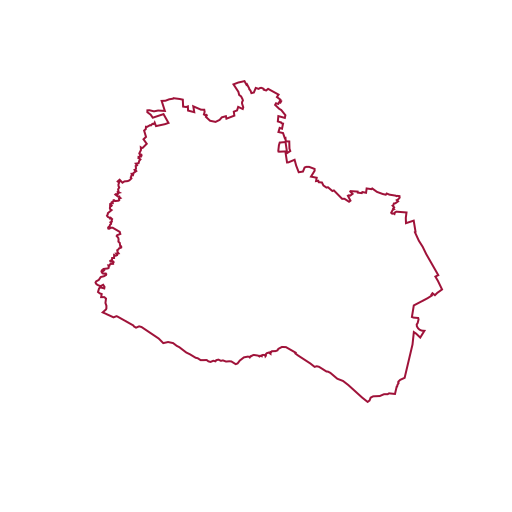 Puerto Escondido, Córdoba, Colombia (Mercator projection), rotated 249°
{"feature_id": "7082276B3276683190429", "entity_name": "Puerto Escondido", "entity_type": "district", "adm_level": 2, "iso_a3": "COL", "parent_name": "Colombia", "parent_adm1": "Córdoba", "projection": "mercator", "projection_center": [-76.165, 8.994], "detail": "fine", "context": "isolated", "style": "outline", "palette": "rose", "viewbox_px": 512, "rotation_deg": 249, "n_neighbors": 0, "source": "geoboundaries", "source_scale": "gbopen_adm2", "svg_char_len": 6131}
<svg xmlns="http://www.w3.org/2000/svg" viewBox="0 0 512 512"><g transform="rotate(249 256 256)"><path d="M398.6,334.9L407.7,327.2L406.9,324.8L408.5,322.8L409.4,323.0L411.0,321.4L411.4,320.1L411.1,318.3L413.0,316.0L409.4,312.6L409.7,310.1L412.6,310.1L414.0,309.5L414.9,309.7L419.0,309.2L419.0,308.7L419.8,308.9L419.8,308.4L423.4,307.9L424.3,301.6L424.3,296.5L415.6,298.4L412.4,298.0L410.3,299.3L407.2,299.6L405.9,299.5L404.6,298.1L403.3,297.6L399.4,297.4L398.0,296.3L401.6,292.8L398.7,290.5L398.7,287.0L394.8,286.1L394.8,277.6L397.3,278.0L397.7,273.8L396.1,270.8L395.7,266.3L398.7,261.6L403.8,259.1L405.0,260.5L405.6,260.1L405.2,259.5L406.8,258.1L409.0,259.7L411.1,260.1L412.3,257.1L418.2,251.1L412.4,249.9L416.1,244.7L420.1,246.0L420.1,244.2L421.6,241.5L428.2,243.7L430.0,240.9L432.9,235.5L432.6,235.0L433.4,231.1L433.4,227.1L434.6,223.5L424.1,222.9L426.9,216.7L427.6,212.6L430.3,208.7L430.9,206.8L429.2,206.1L425.7,208.3L422.1,209.2L421.6,220.5L411.6,222.0L411.7,218.3L413.1,209.2L416.9,209.2L416.0,208.2L415.9,207.6L416.5,206.7L415.6,204.7L416.1,204.0L415.6,200.5L416.1,199.6L413.9,198.5L413.2,196.5L406.6,196.0L405.3,192.8L399.9,194.2L397.6,189.0L397.7,188.1L398.7,187.4L396.2,186.6L393.6,183.8L392.8,183.9L391.7,185.3L390.7,185.1L390.3,184.5L391.1,184.4L391.4,183.8L390.3,182.8L390.6,182.0L389.8,181.9L389.6,181.4L387.6,182.7L386.7,181.1L384.7,179.6L385.3,176.9L383.3,177.4L383.1,175.9L380.8,175.4L379.9,174.6L379.9,173.5L379.3,173.6L378.6,174.6L378.2,174.7L377.4,171.4L376.1,170.5L377.0,170.2L377.3,169.3L375.8,169.2L375.6,168.4L374.9,168.1L374.4,167.3L373.1,167.5L372.0,164.9L371.9,163.1L372.8,159.9L372.3,157.6L376.1,156.0L375.2,153.6L374.8,153.8L374.7,155.0L374.3,155.1L371.9,153.1L370.4,152.7L369.0,152.9L367.7,151.2L365.9,150.8L365.5,150.0L364.2,151.1L364.4,149.8L363.7,149.7L363.3,149.1L364.0,147.2L363.8,146.7L361.0,148.4L360.6,149.7L359.9,149.6L358.7,150.2L358.7,148.7L357.1,148.3L356.9,147.5L357.7,144.4L359.2,143.3L359.9,143.5L358.9,143.0L358.2,143.4L358.1,141.4L356.9,141.2L357.5,140.2L356.9,139.8L356.9,138.6L355.9,138.1L354.9,139.4L354.4,138.8L354.6,137.6L353.0,136.7L351.8,136.7L350.6,137.6L349.1,133.1L347.9,132.4L347.0,131.3L345.6,131.7L344.1,133.1L343.4,133.2L343.8,134.0L342.0,134.9L341.2,134.1L339.8,133.8L339.6,132.2L338.7,132.5L337.9,132.2L337.5,131.0L336.4,130.0L335.5,129.9L335.9,128.8L335.6,128.2L334.6,127.9L334.1,128.5L334.3,130.8L333.8,132.3L327.4,137.4L325.2,137.2L325.2,133.9L324.6,133.1L322.4,133.9L320.9,133.7L318.7,132.7L317.1,133.5L314.0,132.8L313.7,133.4L312.7,133.5L312.2,133.2L312.2,130.8L311.3,129.6L311.1,128.5L309.2,128.2L307.8,128.6L308.3,126.6L307.2,127.2L306.6,126.7L306.5,125.2L307.8,123.9L305.0,122.8L305.7,121.0L303.9,120.1L303.7,118.2L303.1,118.1L302.7,118.5L302.0,120.8L301.3,120.9L300.8,120.1L299.9,119.8L300.7,117.4L300.4,116.4L299.6,115.8L300.1,114.8L299.2,114.8L297.7,114.2L297.5,113.2L298.5,109.2L297.1,109.2L296.5,107.4L297.9,107.4L297.9,107.0L297.0,106.2L295.7,106.2L294.3,107.0L293.5,109.5L292.7,109.7L292.0,109.2L291.6,106.8L292.0,103.5L290.0,100.6L289.6,97.7L288.8,96.7L287.6,96.7L285.9,97.6L284.1,99.4L283.6,100.5L283.9,103.0L281.4,103.5L280.1,102.7L282.0,100.2L282.4,98.7L281.9,97.8L279.0,95.6L277.2,96.7L275.8,98.3L273.1,96.7L271.9,99.7L270.0,100.7L266.1,98.6L263.1,98.5L260.6,97.5L259.9,96.8L258.3,92.7L249.8,101.0L249.8,104.2L249.2,104.9L235.1,116.6L234.0,116.8L232.1,118.3L232.2,121.7L230.7,123.7L213.8,135.6L207.9,138.2L207.2,143.1L204.4,147.4L200.5,149.8L198.4,151.7L190.9,156.3L187.9,159.1L182.6,163.2L181.5,164.9L178.6,167.0L176.5,172.7L174.7,173.8L173.4,175.6L173.5,178.6L172.2,180.4L173.0,181.6L172.7,183.8L170.7,185.7L170.4,187.7L168.2,190.2L167.3,193.3L166.4,195.2L162.3,198.3L162.3,200.3L164.2,203.4L165.7,208.4L165.0,212.3L164.2,213.7L163.6,213.9L164.4,215.1L164.1,215.8L164.5,216.9L164.4,218.5L162.3,222.2L161.0,223.2L161.4,223.9L160.4,225.4L161.2,225.6L161.2,226.9L160.7,228.1L159.6,229.1L159.1,229.0L159.4,229.5L160.8,230.0L161.4,231.3L161.3,233.3L159.5,234.5L161.2,235.2L160.9,235.8L161.4,236.7L160.2,240.2L160.2,242.2L161.3,243.6L161.8,247.6L160.2,251.3L151.5,258.4L150.9,257.8L148.2,259.5L136.2,268.2L131.5,271.0L131.3,273.2L130.0,275.1L122.9,280.4L122.3,281.7L120.3,283.5L112.3,287.9L108.1,292.5L102.5,295.9L85.9,304.3L79.8,307.9L80.4,310.2L82.7,312.3L83.0,315.1L80.9,321.4L81.1,325.9L79.8,329.4L80.1,331.0L77.4,336.3L83.6,340.5L83.6,341.0L85.0,341.9L86.3,343.6L87.2,343.5L87.7,343.9L88.7,346.2L89.0,351.1L117.3,370.4L128.4,376.1L126.1,377.7L121.0,380.1L125.8,386.4L127.0,383.9L128.6,382.3L130.4,381.4L132.7,381.0L134.5,381.5L135.5,382.9L138.5,385.0L140.0,385.2L142.1,380.9L143.2,379.7L153.3,385.6L155.1,401.0L156.1,406.0L156.9,405.8L158.0,407.4L155.3,409.0L156.6,412.0L158.1,417.7L167.6,416.9L172.5,416.1L172.8,419.3L196.8,415.6L204.9,414.9L211.9,413.5L221.3,412.9L221.4,413.6L232.5,415.9L232.9,407.8L237.9,409.5L242.7,412.1L247.1,402.9L246.8,401.2L245.6,400.3L246.5,399.6L246.7,398.3L247.9,397.7L250.0,400.1L250.2,401.6L251.1,401.1L251.9,402.4L254.0,401.6L254.1,402.3L255.6,403.5L255.3,405.0L256.1,408.2L257.7,407.5L257.9,409.0L259.0,411.0L260.5,411.4L261.5,409.4L261.6,408.5L262.3,408.0L265.5,402.5L267.5,400.4L266.7,399.1L268.4,396.6L272.5,391.9L277.4,388.7L277.0,387.8L279.4,383.5L275.6,381.4L277.6,378.2L276.8,377.3L278.7,373.7L279.7,374.0L282.7,367.5L282.4,367.1L279.4,368.4L278.6,365.6L279.4,364.5L279.3,363.4L273.8,364.0L273.3,362.3L277.7,359.1L278.5,356.9L289.3,352.2L289.3,350.6L294.4,347.8L294.6,346.3L297.7,344.2L301.0,343.9L302.4,341.0L303.9,341.1L304.4,338.9L307.3,340.7L310.4,335.8L314.6,341.3L316.3,341.9L320.2,337.5L321.2,334.8L321.2,333.1L318.0,330.1L318.9,325.9L326.0,325.9L332.0,326.5L331.8,319.9L332.2,318.5L343.1,320.9L345.1,314.9L345.4,314.4L346.2,314.5L351.2,317.1L353.4,318.8L351.8,324.4L341.6,322.1L341.0,322.2L341.7,325.6L344.2,325.7L351.0,328.1L352.4,324.9L355.6,325.8L355.6,325.1L361.1,325.3L363.7,321.4L367.1,324.0L365.5,325.9L369.9,328.7L370.8,327.4L371.6,327.4L373.8,324.6L378.6,327.0L374.6,332.4L376.9,333.9L383.2,331.9L385.1,330.4L390.2,328.0L391.4,329.4L390.0,331.3L391.2,332.7L390.4,333.7L391.5,335.0L392.5,334.1L393.2,334.8L396.9,332.5L398.6,334.9Z" fill="none" stroke="#9f1239" stroke-width="2"/></g></svg>